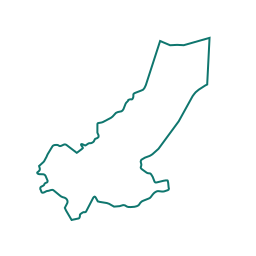 an SVG outline of Djelfa, rotated 258°
{"feature_id": "DZA-2212", "entity_name": "Djelfa", "entity_type": "Province", "adm_level": 1, "iso_a3": "DZA", "parent_name": "Algeria", "parent_adm1": "", "projection": "albers", "projection_center": [3.218, 34.323], "detail": "fine", "context": "isolated", "style": "outline", "palette": "teal", "viewbox_px": 256, "rotation_deg": 258, "n_neighbors": 0, "source": "natural_earth", "source_scale": "10m", "svg_char_len": 2958}
<svg xmlns="http://www.w3.org/2000/svg" viewBox="0 0 256 256"><g transform="rotate(258 128 128)"><path d="M199.2,226.5L154.1,214.5L153.5,212.3L150.8,205.2L148.9,201.6L147.4,199.7L145.7,197.8L124.0,179.0L101.3,153.5L97.3,146.5L96.7,145.0L96.2,143.4L95.5,138.5L94.2,134.6L93.6,134.0L92.4,133.4L89.7,133.5L88.9,133.3L88.4,133.1L87.1,132.4L86.5,132.2L85.7,132.4L84.8,133.0L80.6,136.8L79.9,137.6L79.5,138.5L79.0,140.1L78.4,140.7L77.6,141.1L75.0,142.0L70.0,142.8L69.5,143.1L69.1,143.4L68.9,143.9L68.8,144.7L69.0,151.9L68.9,153.9L68.6,155.5L68.4,155.8L68.1,155.9L66.1,155.9L61.7,155.4L60.2,155.4L59.3,154.9L58.9,154.0L58.5,150.3L58.5,149.6L58.8,148.0L60.0,144.4L60.1,143.4L59.9,142.3L59.3,140.6L58.6,139.4L57.7,138.2L55.7,135.9L55.0,134.8L54.7,133.6L53.7,127.8L53.3,126.2L52.7,125.2L52.1,124.3L50.9,123.1L50.2,122.2L49.7,120.4L49.6,118.0L50.1,114.3L50.6,112.1L51.3,110.7L52.9,109.0L53.4,107.9L53.6,107.1L53.3,103.5L54.0,98.0L57.8,93.7L59.0,91.7L61.6,85.0L62.5,83.2L66.5,82.0L67.4,81.6L67.8,81.1L67.6,80.3L67.0,79.5L55.2,69.8L54.8,69.4L54.6,68.9L54.6,68.1L54.9,67.3L54.8,66.3L54.5,65.4L53.8,63.8L53.4,63.2L53.0,62.9L52.0,62.7L51.5,62.5L50.5,62.0L50.1,61.6L49.8,61.0L49.8,53.7L60.3,50.2L63.0,49.6L67.2,53.0L68.0,53.4L68.9,53.6L69.8,53.6L70.8,53.3L71.6,52.9L72.5,52.1L73.1,51.3L74.0,49.6L74.3,49.2L74.9,48.4L75.9,47.5L82.3,42.4L82.9,41.8L83.2,41.2L83.3,40.4L83.3,39.4L83.1,37.5L83.1,36.9L83.2,35.6L83.1,34.9L82.6,33.1L82.4,32.1L82.4,31.1L82.8,30.4L83.3,30.1L83.9,30.0L84.9,29.9L86.5,29.5L87.7,29.8L88.4,30.4L88.7,31.1L89.1,32.7L89.4,33.5L89.8,34.1L90.8,34.8L91.1,35.2L91.3,35.8L91.7,37.6L92.2,38.1L93.1,38.4L98.3,37.4L99.3,36.9L99.9,36.3L100.4,35.4L101.2,31.8L101.7,30.7L102.5,30.0L103.1,29.9L103.5,30.2L104.2,31.6L104.7,32.3L105.3,32.9L106.1,33.2L106.9,33.3L109.3,33.1L112.4,38.4L113.1,39.2L117.0,42.5L117.8,43.0L119.1,44.0L125.6,50.1L126.2,50.8L126.5,51.7L126.6,52.9L126.4,54.0L126.2,55.1L125.8,55.9L125.4,56.4L124.9,56.9L124.5,57.5L124.4,58.2L124.5,59.2L125.1,61.8L125.1,62.7L124.8,63.5L124.3,64.2L114.4,72.7L114.6,73.3L117.1,78.6L117.7,79.6L118.1,79.7L118.7,79.6L120.7,78.7L121.4,78.6L121.8,78.8L121.9,79.4L121.6,80.0L121.2,80.6L120.6,81.3L120.2,81.9L119.9,82.5L119.8,82.8L119.9,83.1L120.2,83.9L120.9,85.6L121.1,86.3L121.2,87.0L120.9,88.4L120.9,89.1L121.1,89.9L121.4,90.8L121.9,91.7L122.8,92.4L123.8,93.2L124.2,93.7L124.3,94.3L124.4,95.2L124.7,96.2L125.3,97.2L126.3,97.6L127.3,97.6L129.1,97.2L129.9,97.1L138.2,98.9L138.7,99.2L139.0,99.7L139.0,100.4L138.9,102.5L138.9,103.6L139.1,104.9L141.5,113.4L142.4,115.3L145.2,119.2L145.5,120.3L145.7,121.5L145.7,122.7L145.7,124.0L145.7,125.0L146.2,126.2L147.4,127.5L152.1,130.6L153.0,131.4L154.5,133.6L155.4,134.2L155.6,135.9L155.5,136.5L155.2,137.6L155.3,138.1L155.7,138.6L156.6,139.3L157.7,139.8L159.6,140.2L160.2,140.6L160.6,141.3L160.8,142.0L161.9,148.8L162.3,150.6L162.7,151.2L163.8,152.5L166.3,154.4L206.4,177.5L200.2,186.4L199.1,193.3L197.4,199.8L199.2,226.5Z" fill="none" stroke="#0f766e" stroke-width="2"/></g></svg>